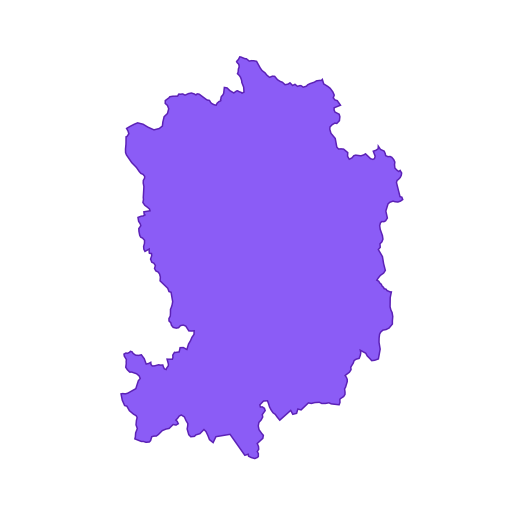 outline of Jerantut, Pahang, Malaysia, rotated 349°
{"feature_id": "92858781B18339216088795", "entity_name": "Jerantut", "entity_type": "district", "adm_level": 2, "iso_a3": "MYS", "parent_name": "Malaysia", "parent_adm1": "Pahang", "projection": "natural_earth1", "projection_center": [102.515, 4.261], "detail": "fine", "context": "isolated", "style": "filled", "palette": "violet", "viewbox_px": 512, "rotation_deg": 349, "n_neighbors": 0, "source": "geoboundaries", "source_scale": "gbopen_adm2", "svg_char_len": 6062}
<svg xmlns="http://www.w3.org/2000/svg" viewBox="0 0 512 512"><g transform="rotate(349 256 256)"><path d="M293.7,65.0L291.0,63.9L288.7,63.4L286.6,63.4L284.1,60.5L282.8,60.2L279.3,57.9L278.1,57.4L276.2,59.8L274.9,60.6L274.0,61.6L274.8,63.3L275.5,64.2L275.7,65.4L275.5,67.3L274.4,69.0L273.5,72.2L272.6,73.5L274.0,75.5L274.8,77.3L275.2,79.4L275.4,81.4L275.2,82.9L276.1,87.9L275.5,92.8L273.4,93.5L272.7,92.6L270.5,91.3L269.5,90.3L268.4,90.3L265.3,91.7L261.9,88.7L259.7,85.5L257.1,84.5L255.4,89.9L254.7,91.0L253.7,92.0L252.7,92.6L252.0,93.5L251.7,94.7L251.1,95.6L251.1,96.8L250.5,97.1L249.4,97.2L247.0,98.6L245.6,100.4L243.7,99.5L241.6,97.8L240.8,96.7L240.2,94.9L239.6,94.1L238.4,93.9L237.2,93.0L231.2,86.4L229.7,85.7L228.9,85.7L228.2,86.3L227.3,86.2L226.6,85.3L223.7,83.7L220.6,83.7L217.4,84.5L216.4,84.2L215.8,83.5L214.8,82.9L212.7,82.8L211.2,82.3L210.6,82.8L210.1,83.6L209.4,84.1L204.9,83.3L201.8,83.2L200.8,84.1L196.6,86.1L196.0,88.9L197.8,91.3L198.4,94.8L196.3,99.2L192.4,101.7L190.1,106.8L188.9,110.6L185.3,112.4L179.9,112.7L174.5,108.9L170.3,105.1L165.2,102.7L161.7,103.4L156.9,104.8L153.3,106.1L154.2,108.9L154.5,111.7L152.1,114.1L151.2,114.2L149.7,121.4L148.3,126.1L147.7,129.6L148.1,132.0L151.8,140.6L155.6,146.4L157.5,150.8L158.8,153.0L160.7,154.3L161.9,156.5L161.5,158.3L159.8,160.3L159.2,162.9L159.2,166.5L156.5,177.1L156.3,179.1L155.2,181.9L156.5,185.0L158.8,187.5L160.4,189.5L160.6,191.4L154.4,191.2L154.2,193.6L154.8,194.5L152.7,195.2L151.0,195.0L147.5,195.6L147.4,199.6L148.5,202.3L148.7,204.3L146.2,206.7L145.8,209.6L145.8,213.5L146.4,215.5L148.1,216.8L149.6,219.3L148.9,222.4L147.5,225.2L147.2,227.9L147.9,230.3L152.5,228.8L151.9,231.6L151.9,233.0L153.9,233.6L153.7,235.8L151.9,238.9L152.5,242.2L154.4,243.6L155.4,246.2L154.0,248.9L154.8,251.5L156.9,253.1L157.9,255.3L158.1,258.4L157.1,262.1L163.2,270.8L163.8,274.3L165.7,275.4L165.5,284.9L164.4,287.8L163.0,290.4L161.9,292.0L161.1,295.9L160.4,298.6L158.6,300.8L158.2,303.2L159.6,305.2L159.8,307.9L161.1,310.3L164.0,311.6L166.3,311.6L168.6,309.9L171.4,309.9L173.7,311.4L175.8,316.7L178.7,317.4L181.0,317.6L180.2,321.1L177.6,323.6L175.5,326.7L173.0,329.5L170.3,334.6L167.2,332.0L164.0,331.5L162.3,335.5L158.2,335.3L157.6,335.0L155.4,337.4L155.1,339.7L154.2,341.4L149.0,340.3L149.4,345.4L148.9,347.2L147.2,348.7L146.1,350.3L144.5,349.2L143.9,347.0L143.7,345.2L141.4,344.9L139.7,344.2L135.5,344.5L133.2,344.2L132.2,342.5L132.4,340.3L130.3,341.0L127.6,341.1L126.7,335.5L124.6,331.1L121.9,331.2L118.9,330.4L116.8,328.2L116.1,326.5L114.6,325.6L113.3,326.5L111.2,327.0L109.8,326.4L107.7,327.1L107.6,329.1L109.0,332.9L108.4,334.9L108.1,336.9L106.9,340.4L108.0,343.1L109.9,345.9L111.8,346.2L116.3,348.8L118.4,351.4L119.0,354.1L116.7,356.0L112.7,363.3L103.9,366.2L101.4,366.4L98.9,365.6L97.2,365.6L97.2,372.0L98.5,377.7L100.6,378.8L102.2,383.7L105.6,387.9L107.9,389.9L108.5,391.9L107.2,394.7L106.0,398.9L106.6,402.7L104.1,406.7L103.1,410.4L102.2,412.4L108.1,416.2L110.2,416.6L112.5,417.9L115.8,418.2L117.3,417.1L119.2,413.5L121.3,413.3L123.8,413.7L126.1,412.6L130.7,409.5L134.7,408.7L137.8,408.7L142.5,405.6L145.2,406.7L147.7,405.8L147.1,403.3L146.0,401.8L148.1,400.3L150.0,398.5L152.3,397.8L155.0,400.3L155.9,404.2L157.1,407.5L156.5,409.8L155.4,412.6L155.9,418.6L157.5,421.0L161.1,421.3L163.0,420.1L167.0,419.7L171.8,416.4L173.4,418.8L174.5,423.0L175.3,427.4L178.3,431.0L182.2,425.7L196.5,426.1L207.0,449.5L210.5,449.1L210.5,451.1L212.8,452.9L216.2,454.6L218.9,454.0L220.0,453.3L220.6,450.4L219.9,448.2L221.8,446.2L222.1,443.4L221.4,440.3L227.9,436.3L229.0,433.4L227.7,431.2L225.8,427.0L225.8,423.2L227.1,419.9L229.8,417.9L231.9,415.3L231.9,412.9L235.5,409.5L235.2,407.1L233.4,405.3L231.5,405.1L231.3,402.9L235.7,399.8L239.6,400.3L240.1,403.1L240.5,406.9L241.5,410.2L242.8,413.1L244.7,415.1L246.1,418.2L248.0,421.7L260.6,414.2L261.9,418.4L265.8,418.2L267.9,414.2L270.9,415.7L279.4,410.2L282.2,411.3L285.7,411.1L290.3,411.7L292.4,413.3L296.2,414.0L299.6,414.0L301.6,415.5L309.2,417.9L310.5,415.7L310.9,412.9L311.5,412.2L315.3,410.6L316.9,408.9L317.4,406.7L317.6,403.3L318.8,402.0L321.6,396.7L322.0,394.5L321.6,392.5L320.7,390.3L325.5,387.9L327.6,385.7L327.8,383.2L331.0,379.7L332.4,377.3L334.7,376.4L337.7,376.2L339.4,373.5L340.4,370.9L340.4,368.4L345.2,372.4L346.1,375.3L348.2,378.4L349.6,380.8L352.6,381.0L356.5,380.4L360.1,371.1L360.3,364.2L361.2,360.0L362.4,356.3L363.9,354.5L366.4,353.0L369.7,353.0L372.9,352.1L376.9,348.8L377.5,345.7L378.7,341.5L378.8,337.5L378.1,334.8L377.9,331.5L379.8,322.5L382.0,317.1L380.8,316.8L378.0,314.9L377.3,313.4L375.5,312.5L375.3,311.3L373.9,309.3L373.6,307.7L372.2,305.9L371.7,304.2L370.0,302.8L371.6,301.1L374.3,298.8L378.0,297.1L380.2,294.8L379.8,288.0L380.0,280.7L377.3,273.0L379.6,271.2L380.0,267.7L382.3,266.1L383.8,263.7L384.0,260.1L383.0,253.5L383.2,249.8L384.4,247.3L385.9,246.2L388.2,246.7L389.9,246.2L392.2,243.8L392.0,236.7L395.5,230.1L397.6,228.8L401.0,228.3L402.7,229.2L405.6,230.1L408.3,229.7L410.8,228.6L410.4,226.1L408.7,225.2L407.9,210.7L408.9,208.7L410.4,208.0L412.5,206.5L414.0,204.5L414.8,202.3L413.8,199.5L412.3,200.3L410.6,198.5L409.1,196.1L409.4,192.8L410.2,190.3L409.6,187.7L408.1,185.0L406.6,183.9L404.5,183.7L402.4,182.2L402.4,180.2L401.8,177.5L398.5,175.1L397.0,171.6L396.4,174.0L393.9,175.1L391.1,175.5L392.0,180.8L390.9,183.0L389.2,183.5L387.1,182.4L383.0,176.6L381.1,177.3L378.1,177.7L373.1,176.0L371.2,176.2L368.9,178.0L366.0,178.8L364.9,175.5L365.8,172.0L362.4,167.8L360.1,167.1L357.4,166.7L356.1,164.5L356.2,155.7L353.0,149.9L352.6,145.7L353.2,143.5L355.7,141.7L358.7,140.6L360.6,141.3L363.7,139.1L364.9,135.3L364.7,132.7L361.0,129.8L360.5,127.6L361.0,125.4L367.7,124.1L365.4,119.0L363.3,117.9L362.0,115.5L363.5,113.0L362.7,109.5L360.8,105.5L358.9,103.3L355.3,100.0L354.8,95.3L353.6,96.2L352.2,95.8L348.8,95.6L346.5,96.5L341.9,97.1L339.4,97.8L337.9,98.9L334.6,99.3L332.7,97.4L331.6,97.1L329.1,97.4L327.0,94.9L324.5,95.6L322.4,92.5L320.3,93.4L317.2,93.4L315.1,90.5L313.0,89.2L310.7,87.0L308.6,83.2L306.5,82.6L303.4,83.2L301.2,80.6L299.8,77.9L297.3,75.1L296.0,72.2L293.7,65.0Z" fill="#8b5cf6" stroke="#5b21b6" stroke-width="1.5"/></g></svg>